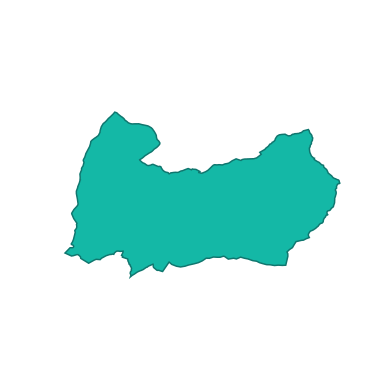 outline of Rosia Montana, Alba, Romania, rotated 158°
{"feature_id": "2599482B9774767997162", "entity_name": "Rosia Montana", "entity_type": "district", "adm_level": 2, "iso_a3": "ROU", "parent_name": "Romania", "parent_adm1": "Alba", "projection": "robinson", "projection_center": [23.088, 46.307], "detail": "fine", "context": "isolated", "style": "filled", "palette": "teal", "viewbox_px": 384, "rotation_deg": 158, "n_neighbors": 0, "source": "geoboundaries", "source_scale": "gbopen_adm2", "svg_char_len": 5985}
<svg xmlns="http://www.w3.org/2000/svg" viewBox="0 0 384 384"><g transform="rotate(158 192 192)"><path d="M233.7,295.0L235.7,293.9L239.6,292.3L242.0,291.5L244.6,290.1L246.3,289.4L247.3,289.0L248.1,288.9L248.8,288.6L249.6,288.0L251.6,286.5L253.5,284.2L254.5,282.7L254.9,281.8L257.5,279.6L258.5,279.2L259.7,278.9L261.1,278.5L262.1,278.4L263.7,277.9L264.7,277.7L266.0,277.2L266.9,276.7L267.9,275.0L269.9,272.5L276.1,267.3L277.2,265.8L277.7,265.3L278.4,264.4L279.2,263.8L279.8,263.3L280.6,262.6L280.9,262.1L281.1,261.7L281.0,260.1L281.5,259.3L282.0,258.7L282.7,257.7L283.3,257.0L283.9,256.5L284.5,256.2L285.6,255.2L285.9,254.5L286.1,254.0L286.3,253.6L287.3,252.7L289.2,250.6L289.4,249.9L289.9,248.4L290.0,247.9L290.8,246.1L291.2,245.4L291.0,245.0L291.5,244.7L293.1,242.6L295.9,239.7L296.6,238.6L298.9,236.1L299.8,233.8L300.9,228.3L302.1,223.6L302.8,222.7L304.0,221.9L308.0,220.0L311.1,217.7L311.7,216.9L311.6,211.6L311.3,210.3L310.4,206.1L311.3,205.1L311.5,204.0L312.0,202.6L312.9,201.5L315.0,200.3L315.2,199.8L315.3,198.5L315.6,198.0L319.7,192.4L321.5,190.5L323.4,189.1L323.4,188.5L322.2,187.3L322.0,186.5L322.2,185.6L322.9,185.1L323.7,185.1L325.9,186.0L332.6,183.0L327.7,177.8L326.7,177.6L325.9,177.4L325.4,177.4L324.8,177.3L322.3,177.1L321.0,176.5L319.7,173.9L320.0,172.1L314.5,164.7L308.0,165.5L306.1,165.5L302.5,163.7L300.7,164.5L295.5,165.1L291.1,164.8L290.7,164.4L288.9,164.2L287.9,163.5L286.8,164.5L284.9,165.2L283.7,165.3L282.2,164.7L281.0,163.9L279.5,163.4L278.1,163.0L278.7,161.8L281.1,159.6L280.3,158.3L280.9,157.6L276.7,154.0L276.9,152.8L277.2,152.3L277.1,149.8L277.4,148.8L276.7,148.0L276.7,147.1L276.9,147.0L276.6,144.8L276.6,143.9L277.2,143.1L277.6,141.9L279.1,140.9L279.8,139.7L279.8,137.7L280.9,136.4L278.7,137.1L276.1,137.5L272.6,138.3L270.2,138.4L268.2,138.3L266.2,138.4L262.8,139.2L262.1,139.2L261.5,139.1L260.9,139.4L259.9,139.6L257.7,139.6L255.2,139.7L255.2,139.1L255.4,138.5L255.8,137.5L255.9,136.7L255.6,135.8L253.9,132.7L253.2,132.2L252.2,131.9L249.9,129.9L249.0,129.3L239.5,135.6L237.9,132.5L234.2,129.0L230.7,126.8L226.2,125.8L222.7,125.6L217.3,124.7L212.6,124.1L208.3,124.3L203.6,125.3L200.7,124.0L196.5,123.7L192.5,121.8L190.1,120.9L188.0,120.8L186.7,120.6L185.8,119.8L183.5,116.2L178.2,115.0L175.9,113.3L171.3,113.4L168.3,111.0L165.1,108.9L161.4,105.6L158.0,103.6L155.8,101.1L153.4,99.2L150.1,96.7L146.9,95.3L143.0,92.9L139.5,91.9L135.7,90.1L132.5,89.0L127.2,96.5L126.3,98.9L126.4,100.8L123.2,102.1L119.7,102.8L116.9,105.0L114.1,107.0L108.8,106.2L106.6,105.6L103.6,105.9L100.3,105.8L100.4,106.9L100.4,107.8L100.2,108.6L100.0,109.1L99.1,110.0L98.3,110.5L97.9,110.9L97.1,111.3L96.5,111.4L95.4,111.3L94.7,111.4L93.7,111.4L93.2,111.5L92.3,111.8L91.2,111.9L89.1,112.7L88.3,112.9L87.7,113.1L87.4,113.4L87.1,113.6L85.4,114.4L84.8,114.6L83.9,114.6L83.4,114.5L82.8,114.5L82.0,114.9L81.5,115.3L80.7,116.7L80.4,117.1L79.5,117.9L79.0,118.3L78.2,118.6L77.6,118.9L76.7,119.8L76.3,120.1L75.9,120.2L74.9,120.0L74.5,119.5L74.9,121.0L74.6,122.5L74.1,123.1L73.6,123.4L73.1,123.6L72.3,123.5L71.3,123.3L70.7,123.5L70.0,123.8L69.4,124.4L68.1,124.9L66.6,125.3L66.2,125.7L65.6,126.6L64.0,128.4L63.5,129.3L63.2,130.1L62.6,131.3L62.3,132.0L62.1,132.7L60.7,134.2L59.8,135.5L59.3,136.0L58.6,137.2L58.3,138.6L58.2,138.8L58.4,139.6L58.3,140.1L58.0,140.6L57.4,141.1L56.4,141.5L56.2,142.6L56.1,142.8L54.8,144.2L54.1,144.7L53.2,144.8L52.5,144.8L52.0,144.6L51.7,144.7L51.6,145.2L51.7,145.6L51.4,147.3L51.5,147.9L51.9,148.5L53.1,149.4L53.6,150.1L55.2,151.6L55.9,152.6L56.2,153.6L56.5,154.8L57.0,155.6L58.1,157.6L58.6,158.4L58.6,159.5L58.7,161.8L58.8,162.5L59.4,163.6L60.3,165.2L60.4,165.8L60.1,167.5L61.7,168.8L63.0,171.8L64.8,173.8L66.1,175.8L66.5,176.4L66.4,176.7L66.1,177.0L65.8,177.4L66.5,177.9L67.7,180.4L67.8,181.1L67.9,184.7L67.2,187.4L66.7,188.8L65.6,189.6L64.8,191.0L63.2,192.0L62.6,193.5L61.0,194.8L60.8,195.4L60.3,196.0L59.8,197.0L60.0,198.2L59.7,199.6L59.9,200.8L60.5,202.3L60.6,203.6L60.4,204.9L60.5,205.3L60.7,206.2L60.7,206.3L65.7,207.0L66.7,206.7L67.4,206.5L67.9,206.2L68.5,206.1L69.4,206.4L71.0,206.3L72.2,206.7L73.7,207.1L74.6,207.5L76.4,207.6L76.7,207.8L77.7,207.8L79.0,207.3L80.7,207.6L81.5,207.9L82.1,208.4L83.5,210.0L84.0,210.7L87.1,211.7L89.7,212.3L92.0,212.0L93.3,211.2L94.8,210.1L95.7,208.9L97.5,208.1L99.1,208.0L99.6,207.5L101.0,207.1L101.9,207.2L104.1,205.8L107.3,204.9L108.4,204.2L113.4,203.5L114.3,203.4L113.7,201.1L115.3,200.5L119.3,199.4L122.2,199.7L131.1,202.9L133.4,203.3L134.8,202.9L138.7,206.2L143.1,205.9L145.2,205.4L147.2,205.0L149.1,205.3L151.0,205.7L153.7,205.7L156.7,207.2L158.8,207.8L160.7,208.8L162.1,208.9L163.8,208.3L165.9,207.4L168.9,206.2L171.7,205.7L175.7,205.7L176.6,206.1L177.3,206.8L178.4,207.5L178.1,208.0L177.1,208.2L179.9,211.5L182.8,212.9L183.0,213.2L183.3,213.2L184.2,212.8L186.8,215.2L189.3,215.3L192.1,215.3L193.0,215.3L194.3,215.6L195.1,215.6L196.7,215.4L197.3,215.4L197.8,215.5L198.4,215.7L199.8,216.4L201.7,217.0L204.6,217.7L205.5,217.5L206.3,217.4L206.7,217.8L206.8,218.7L207.0,219.0L209.2,220.5L210.2,221.8L210.8,223.0L211.1,223.9L211.2,224.8L211.3,225.3L211.4,225.9L211.4,227.0L211.6,227.3L212.3,227.9L212.9,228.0L213.8,228.3L214.7,229.2L216.8,231.3L217.7,232.2L218.2,232.4L218.8,232.5L220.3,232.4L221.4,232.6L222.7,232.9L223.5,233.5L223.9,233.9L225.1,235.9L225.9,236.8L226.5,237.3L227.0,238.0L227.7,239.4L228.5,241.1L228.5,241.5L228.2,241.6L226.5,241.8L224.3,242.4L222.1,243.2L218.9,243.8L217.0,244.2L214.9,244.4L213.8,244.7L213.3,244.9L212.3,245.3L211.1,245.9L208.1,246.5L205.9,247.4L204.4,248.2L203.8,248.7L203.4,249.7L203.8,251.9L204.7,253.7L204.5,255.9L203.9,257.9L204.0,259.6L204.2,261.3L204.4,262.6L204.7,263.6L205.0,265.2L205.7,266.8L207.7,269.4L208.8,270.3L211.6,272.2L213.0,273.1L215.8,275.2L217.7,275.9L219.4,276.6L220.8,277.1L222.0,277.5L223.4,278.4L224.8,279.7L225.1,280.0L226.2,282.2L226.7,282.9L227.0,283.1L227.2,283.6L227.3,284.3L227.6,285.4L227.9,286.2L228.4,286.9L228.6,287.5L229.1,288.0L230.8,290.9L231.4,292.0L231.7,293.0L232.4,293.9L233.7,295.0Z" fill="#14b8a6" stroke="#0f766e" stroke-width="1.5"/></g></svg>